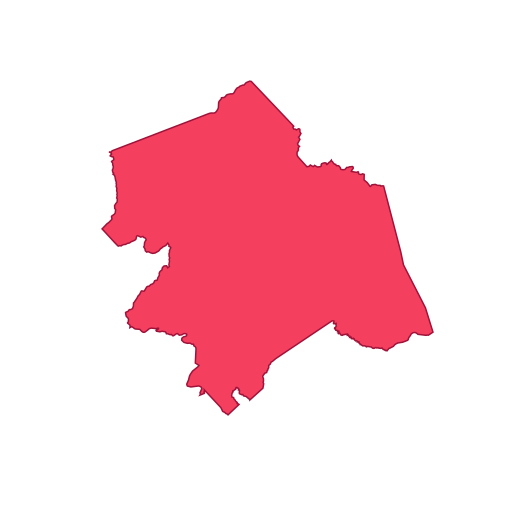 SVG path tracing the border of Amazonas, rotated 227°
{"feature_id": "BRA-592", "entity_name": "Amazonas", "entity_type": "State", "adm_level": 1, "iso_a3": "BRA", "parent_name": "Brazil", "parent_adm1": "", "projection": "natural_earth1", "projection_center": [-64.603, -3.801], "detail": "fine", "context": "isolated", "style": "filled", "palette": "rose", "viewbox_px": 512, "rotation_deg": 227, "n_neighbors": 0, "source": "natural_earth", "source_scale": "10m", "svg_char_len": 6148}
<svg xmlns="http://www.w3.org/2000/svg" viewBox="0 0 512 512"><g transform="rotate(227 256 256)"><path d="M207.7,117.1L209.2,117.7L209.7,118.3L211.3,122.0L213.5,125.4L214.2,127.2L215.1,131.1L214.6,137.9L214.9,139.7L219.1,138.6L228.6,148.4L229.8,149.4L231.0,149.7L232.6,149.3L234.1,150.1L235.2,149.0L237.3,148.3L239.0,146.2L241.9,144.4L245.0,144.2L246.2,145.4L246.5,146.4L246.2,148.1L245.1,149.9L245.2,151.0L246.0,152.0L246.9,151.7L247.9,151.0L248.6,149.8L248.9,148.1L250.4,145.9L252.9,145.6L253.4,144.8L253.8,141.9L254.2,140.8L256.5,140.5L256.6,140.0L257.7,139.1L259.1,138.6L260.2,137.4L261.6,138.0L262.4,138.0L265.0,136.0L266.1,134.0L268.9,131.9L269.8,132.2L269.2,134.6L269.3,135.1L269.7,135.4L270.1,135.2L271.1,133.3L274.6,130.3L275.3,129.2L275.7,127.8L275.7,126.4L276.1,122.9L276.5,122.1L277.3,121.4L278.8,121.0L281.6,121.0L284.9,118.0L286.0,117.5L287.1,117.5L289.1,116.9L289.6,114.9L290.7,116.2L291.6,116.7L294.4,116.3L294.8,116.6L294.9,117.7L296.8,119.7L297.6,120.0L300.5,120.0L303.5,121.9L303.6,122.7L302.8,124.6L303.2,126.8L302.4,127.6L301.7,129.7L303.0,132.2L305.2,134.4L305.2,135.3L306.4,140.4L307.2,142.4L307.3,144.7L308.5,147.9L308.6,148.3L308.2,148.8L306.9,149.8L306.6,150.5L307.9,155.0L307.6,156.2L306.8,157.3L306.9,159.6L306.1,161.4L306.1,163.0L307.0,164.9L306.6,166.1L305.9,166.7L305.8,167.4L307.1,169.6L307.9,172.3L309.2,173.2L309.9,174.4L310.1,175.7L310.0,177.8L311.2,179.3L311.5,181.4L311.3,182.1L309.8,184.0L307.6,183.4L307.4,185.5L309.0,186.3L311.2,189.2L312.7,190.1L313.6,191.7L314.8,192.1L317.0,193.9L317.9,195.5L318.9,196.2L320.2,199.4L321.0,199.5L322.4,198.9L323.4,199.8L325.6,200.3L325.2,197.2L326.2,193.8L326.1,192.4L326.5,191.3L326.0,188.4L327.0,184.2L328.4,182.2L330.0,181.2L332.7,180.1L333.4,178.7L335.4,178.6L336.6,179.5L339.2,180.1L339.6,181.2L341.7,183.5L342.6,185.7L342.7,186.7L343.1,187.0L345.1,187.2L345.9,186.6L347.4,186.6L348.4,184.6L351.5,183.4L351.8,182.8L351.8,182.1L350.2,179.7L350.2,178.0L351.6,174.3L351.8,172.4L352.9,170.6L353.5,168.4L354.6,167.0L355.3,165.3L355.3,164.3L356.6,163.3L357.0,162.2L357.5,161.9L362.6,161.8L380.8,161.9L381.2,169.1L380.9,171.2L381.1,175.4L381.7,176.2L383.2,177.0L383.6,177.6L383.2,181.0L383.5,182.4L385.7,185.0L387.1,185.1L389.3,186.9L390.0,189.4L390.1,190.8L390.5,191.6L392.2,193.4L393.5,193.7L394.7,195.6L395.9,196.2L396.7,197.5L398.8,198.6L400.4,200.4L402.2,201.1L403.5,202.7L404.5,203.2L405.1,204.1L407.2,205.0L410.4,207.1L411.8,207.5L413.4,207.2L413.7,208.4L414.9,208.4L416.8,209.5L417.5,211.2L418.7,212.6L420.2,213.3L421.9,214.6L423.5,214.7L423.7,215.4L423.4,217.4L423.8,218.1L425.9,219.1L427.2,218.1L428.7,217.6L429.0,218.2L428.9,219.5L429.1,219.9L430.7,220.2L432.4,219.4L430.7,221.0L431.1,221.8L430.9,223.0L392.2,319.0L391.2,320.7L389.4,322.5L388.7,323.8L388.7,325.7L389.6,328.7L390.2,329.7L393.7,333.3L394.3,334.6L394.6,337.7L395.3,338.7L393.7,340.8L393.5,342.5L393.9,344.1L393.5,345.3L392.0,347.9L390.9,349.0L390.4,349.9L390.4,351.3L391.4,354.2L391.8,356.6L391.1,358.9L391.2,359.9L390.0,362.9L389.2,363.8L389.5,367.0L388.2,370.6L386.9,371.6L325.2,372.1L325.1,370.8L323.1,370.2L321.9,371.3L320.7,371.5L320.0,374.0L319.0,374.5L318.2,374.1L317.1,372.9L314.9,372.4L313.9,369.1L313.9,368.2L311.4,367.7L309.7,362.9L308.3,362.3L306.5,362.6L306.3,360.8L304.6,359.3L304.1,357.9L304.0,357.0L302.4,355.3L300.7,354.5L299.2,354.3L286.5,354.1L285.4,356.0L285.5,357.8L282.5,358.7L282.2,359.2L282.4,360.6L279.2,361.6L277.4,364.1L277.4,365.1L278.4,366.0L278.7,366.9L278.2,368.3L277.1,370.1L275.7,370.8L274.8,370.1L274.5,370.3L274.5,372.5L274.7,373.2L274.4,374.3L274.7,376.5L273.6,376.0L272.8,376.3L271.7,376.0L269.6,376.0L268.7,376.8L267.3,376.4L265.8,377.9L265.1,378.1L263.0,377.9L262.0,377.2L261.5,377.2L259.7,378.5L258.6,380.1L258.9,382.8L257.8,384.0L257.6,385.0L255.7,387.5L254.9,387.7L253.9,387.0L253.6,386.2L253.5,385.0L252.8,383.4L248.6,386.6L248.0,388.1L247.3,388.1L246.5,387.2L245.7,387.2L244.0,388.3L243.4,390.0L241.9,390.8L237.9,386.9L233.9,387.4L229.1,386.9L228.8,387.3L229.0,389.4L227.0,392.1L224.9,393.0L222.9,395.0L222.0,395.0L221.3,396.1L220.2,397.1L160.3,364.7L148.9,357.8L102.6,344.6L79.6,333.5L80.5,328.1L81.5,327.2L82.0,326.3L88.3,321.0L90.1,320.8L91.7,320.1L92.8,318.5L93.2,316.5L92.6,314.9L92.1,312.1L91.0,310.2L91.0,309.2L92.9,304.5L95.6,300.5L96.1,299.2L96.5,297.0L96.2,294.9L97.2,291.3L97.7,290.3L97.3,287.1L98.5,286.7L98.6,286.1L100.2,285.9L100.7,285.3L102.8,285.4L103.4,284.2L104.8,283.0L105.8,282.7L106.2,281.7L107.4,281.1L108.0,279.2L108.8,278.9L109.1,278.4L110.7,278.3L113.6,276.1L114.3,274.7L115.0,274.9L116.2,274.2L117.6,272.7L119.8,272.3L120.1,271.8L121.0,272.2L121.8,271.9L122.5,272.5L123.6,271.8L123.5,272.3L124.4,271.8L125.3,271.9L125.7,271.1L126.3,270.9L128.1,270.8L128.6,271.3L129.3,270.8L129.6,270.9L129.8,269.8L130.6,269.4L131.0,269.5L131.6,270.2L132.5,269.1L132.8,269.8L133.3,270.0L134.3,269.1L135.3,269.6L135.8,268.7L136.6,269.6L138.0,267.6L138.5,266.5L139.1,266.2L139.0,265.4L139.3,264.8L140.5,264.2L142.1,264.6L143.0,263.3L143.4,263.4L143.3,264.5L144.3,265.2L144.7,264.1L145.0,263.9L145.7,264.9L147.4,263.7L148.8,264.5L149.2,263.9L149.4,264.0L149.8,264.6L149.7,266.4L150.9,267.6L151.4,267.7L152.0,268.6L153.3,266.7L154.1,266.8L154.6,268.0L155.4,268.6L156.7,267.4L167.5,200.4L167.7,196.1L168.1,194.8L167.2,192.7L167.3,190.7L165.5,189.0L165.4,187.9L164.6,187.0L164.6,186.1L163.5,184.3L164.4,182.2L164.0,181.3L163.7,179.4L163.1,178.6L161.1,177.7L159.3,176.1L158.9,175.1L157.3,174.5L154.6,170.9L154.9,153.4L155.2,153.7L156.0,153.4L159.9,153.0L162.2,151.5L163.7,151.9L164.2,151.0L166.6,150.0L167.3,150.4L168.9,152.2L170.1,151.8L170.2,152.7L171.6,152.8L172.2,152.2L172.9,152.4L173.4,151.9L173.1,151.0L172.3,150.1L172.8,149.5L172.7,147.4L173.1,147.2L173.1,146.9L172.0,145.9L172.1,145.1L170.4,142.9L169.0,142.2L167.8,143.1L166.6,142.4L165.2,142.5L163.7,142.1L161.7,142.4L161.5,141.8L160.8,141.6L159.5,142.4L159.0,142.4L158.9,127.2L159.9,127.2L161.5,126.5L163.1,126.5L164.5,125.8L165.3,125.7L169.1,126.9L193.1,126.9L192.6,126.6L192.5,125.9L191.6,125.8L191.4,124.6L190.8,124.4L192.5,120.1L192.8,121.0L194.2,121.8L195.8,125.6L196.5,126.2L197.9,126.5L200.0,125.5L204.6,119.1L207.7,117.1Z" fill="#f43f5e" stroke="#9f1239" stroke-width="1.5"/></g></svg>